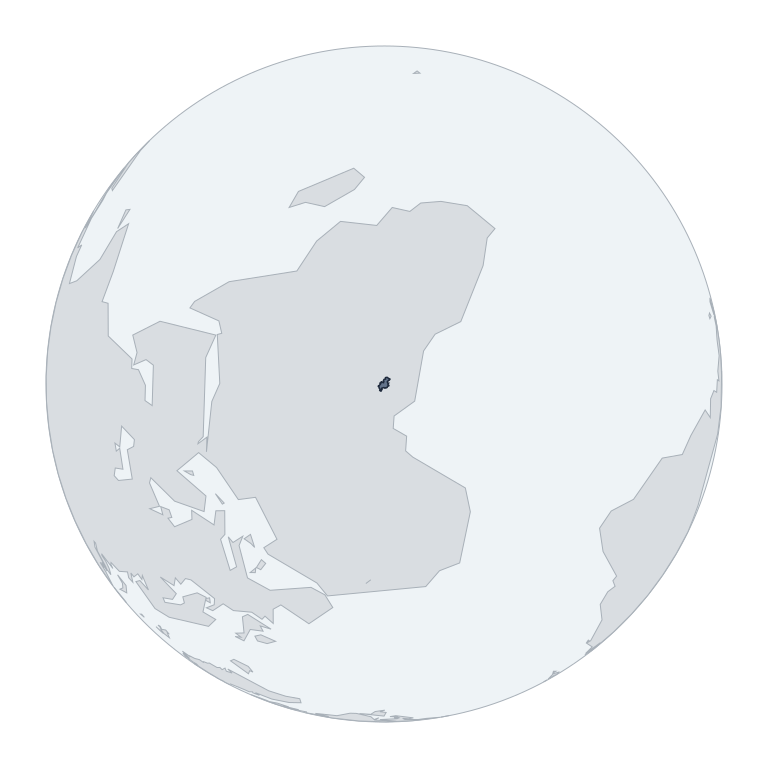 globe centered on Cuvette-Ouest, rotated 221°
{"feature_id": "COG-2185", "entity_name": "Cuvette-Ouest", "entity_type": "Region", "adm_level": 1, "iso_a3": "COG", "parent_name": "Republic of the Congo", "parent_adm1": "", "projection": "orthographic", "projection_center": [14.65, 0.103], "detail": "fine", "context": "on_globe", "style": "filled", "palette": "slate", "viewbox_px": 768, "rotation_deg": 221, "n_neighbors": 0, "source": "natural_earth", "source_scale": "10m", "svg_char_len": 8502}
<svg xmlns="http://www.w3.org/2000/svg" viewBox="0 0 768 768"><g transform="rotate(221 384 384)"><circle cx="384" cy="384" r="338" fill="#eef3f6" stroke="#a8b0b8"/><path d="M227.5,84.5L227.7,84.4L221.3,88.3L210.7,94.5L207.6,96.8L219.7,90.4L201.9,102.8L193.6,113.3L188.7,117.3L175.6,124.3L170.5,124.3L153.4,137.6L166.9,128.1L154.5,140.0L153.5,142.1L155.6,141.5L161.3,136.9L157.5,141.4L142.8,151.3L145.9,147.4L150.6,143.9L148.1,144.5L138.1,153.2L132.6,159.5L123.4,168.9L141.4,148.8L160.9,130.2L181.9,113.2L204.1,97.9L227.5,84.5ZM122.4,170.0L119.2,174.1L117.4,176.4L122.4,170.0ZM51.7,322.4L52.4,319.0L54.7,311.3L51.0,330.8L55.1,312.9L54.4,322.2L61.1,321.3L59.6,325.8L64.7,349.0L76.2,359.5L78.8,374.0L76.9,382.9L82.2,385.7L82.4,391.6L108.8,401.3L126.7,416.6L129.2,437.2L120.0,460.7L125.4,510.6L112.6,526.5L118.6,546.4L124.6,575.1L115.7,572.7L127.8,587.1L130.7,595.5L127.5,596.0L135.2,605.9L133.3,606.1L140.5,612.7L149.7,625.3L161.5,635.7L171.4,645.7L179.2,651.6L178.4,651.4L180.8,653.5L185.2,656.8L177.2,651.2L170.5,646.0L159.0,636.1L153.3,630.9L152.4,630.0L149.7,627.5L134.7,611.8L137.8,615.4L114.8,588.1L99.4,565.2L67.3,498.3L62.2,484.9L57.7,471.9L52.1,447.4L48.3,422.5L46.3,397.5L46.3,372.3L48.1,347.3L51.7,322.4ZM68.2,263.8L67.1,266.9L66.8,267.6L68.2,263.8ZM194.6,662.9L179.9,653.3L186.3,657.7L180.3,652.6L191.9,659.9L194.6,662.9ZM181.6,649.8L180.9,647.1L183.7,648.8L184.9,651.1L181.6,649.8ZM716.6,324.1L711.7,305.7L716.0,329.8L720.2,351.5L721.8,376.4L721.0,367.8L718.7,346.0L716.8,338.2L713.5,317.0L704.5,285.7L703.4,290.7L699.8,278.5L687.3,253.4L683.6,260.3L680.1,291.7L685.8,323.5L681.9,337.4L662.1,291.2L650.8,261.2L645.2,263.9L623.6,239.3L590.6,237.6L584.6,230.2L578.7,233.7L563.2,226.5L553.5,214.7L544.8,215.6L570.4,246.9L579.6,246.3L585.4,234.2L591.0,245.7L605.7,256.1L594.2,284.4L543.0,310.6L535.9,287.0L485.9,225.6L486.2,218.8L485.9,218.1L485.2,216.8L482.8,227.7L473.5,216.3L502.5,257.9L508.3,276.7L542.3,312.0L539.7,315.8L550.0,323.3L580.4,314.1L581.1,322.1L568.0,359.6L523.9,412.1L528.6,447.7L523.5,478.2L493.5,498.9L493.6,522.6L477.7,531.2L475.0,544.7L460.8,559.2L438.1,573.2L402.2,574.1L401.9,561.9L386.9,538.4L367.0,481.5L378.1,455.1L375.8,434.9L349.6,391.2L355.4,366.5L347.9,356.5L332.7,359.5L323.8,347.7L314.4,347.7L254.4,358.9L235.0,344.2L209.5,298.6L219.6,279.5L219.6,258.5L287.6,187.0L304.1,189.8L359.9,179.5L367.3,181.6L362.9,196.6L406.6,214.2L418.1,201.2L455.5,211.1L478.9,210.6L483.4,182.7L444.9,182.7L436.1,169.7L465.2,158.2L498.5,160.3L496.1,155.5L473.2,144.4L479.0,136.2L465.1,140.2L472.1,145.0L463.6,148.1L456.6,144.1L459.0,141.0L448.4,138.9L440.1,155.8L446.3,162.5L419.8,166.1L427.7,178.0L421.1,183.9L405.4,166.1L405.5,159.6L377.8,142.4L375.3,149.3L401.3,166.5L394.0,165.3L390.7,176.5L387.4,167.0L359.8,148.1L334.6,153.6L305.7,182.6L290.3,186.1L276.0,181.7L283.4,153.8L316.9,149.6L319.9,141.3L310.5,130.6L321.5,130.7L321.7,126.4L334.1,125.0L349.0,114.2L361.2,112.6L364.5,100.6L371.2,98.6L367.3,106.0L371.1,110.9L401.2,109.5L406.2,106.9L406.0,99.6L414.3,100.8L410.2,94.1L426.2,91.6L403.2,89.5L402.3,82.7L410.5,77.7L406.1,75.5L392.6,83.9L391.0,87.8L396.2,91.4L388.0,103.8L378.3,106.3L371.1,93.2L356.5,95.9L357.4,86.0L393.2,67.0L409.5,64.3L441.6,72.1L439.3,75.5L426.6,74.0L440.7,80.9L438.4,77.6L445.3,79.2L446.2,74.4L451.1,75.3L443.5,69.6L449.6,70.3L454.3,73.9L460.8,69.0L472.9,70.2L472.0,68.8L467.6,66.9L485.8,70.6L484.3,69.5L477.8,67.7L470.6,64.6L465.0,60.9L471.6,62.3L474.6,63.8L490.6,69.9L497.3,74.7L499.5,75.0L495.2,71.3L475.6,63.7L470.4,61.2L480.1,64.3L476.2,62.9L475.6,62.2L481.3,63.2L470.8,59.8L456.0,53.8L456.7,54.0L480.7,60.2L504.2,68.2L527.1,77.9L549.2,89.2L570.4,102.1L590.6,116.6L609.6,132.5L627.5,149.7L644.0,168.2L659.2,187.9L672.8,208.6L684.9,230.3L695.4,252.8L704.2,276.0L711.3,299.8L716.6,324.1ZM266.8,221.5L265.5,227.6L266.8,221.5ZM535.9,178.3L554.4,180.1L542.2,163.2L548.3,162.9L542.0,157.7L541.3,162.1L525.1,148.4L531.7,144.3L527.5,137.8L521.1,137.0L511.6,147.1L534.6,166.0L532.0,172.6L535.9,178.3ZM61.4,321.1L61.8,324.8L60.4,324.9L61.4,321.1ZM66.9,276.7L67.7,278.4L65.8,280.0L66.9,276.7ZM66.5,268.9L66.2,276.2L62.7,281.9L63.3,277.7L64.3,275.9L66.5,268.9ZM155.4,139.4L156.4,138.8L157.4,139.2L154.7,141.1L155.4,139.4ZM175.8,131.0L169.4,138.4L172.1,134.0L166.9,137.5L166.1,133.4L186.3,119.2L177.3,126.0L175.8,131.0ZM170.7,125.4L168.9,128.7L170.1,125.7L170.7,125.4ZM310.9,107.1L316.0,109.0L312.4,113.9L297.0,118.7L301.9,111.4L310.9,107.1ZM323.9,111.0L321.2,98.3L330.7,95.8L325.8,99.1L332.4,98.7L326.3,104.3L338.1,115.4L335.7,120.7L308.4,124.9L318.7,120.2L313.1,118.1L323.9,111.0ZM297.3,79.5L296.2,76.4L318.2,74.4L316.7,77.7L301.2,81.8L293.9,80.6L297.3,79.5ZM257.0,70.8L254.4,71.9L254.0,72.1L257.0,70.8ZM280.6,62.3L265.2,68.2L262.2,69.1L254.9,73.3L244.0,77.8L249.1,74.7L235.3,81.9L235.5,81.0L227.0,85.9L239.5,78.5L239.4,78.6L242.1,77.3L243.7,76.6L253.7,72.3L257.9,70.5L262.9,68.5L280.6,62.3ZM359.2,48.9L350.7,49.3L360.9,50.1L351.2,51.1L353.0,51.2L346.8,52.7L342.4,54.9L337.7,55.4L338.0,56.1L334.0,57.5L332.8,58.8L324.0,60.5L321.9,62.4L318.8,62.2L317.6,65.3L314.6,63.8L309.0,66.2L314.9,66.4L269.8,76.8L253.3,83.9L241.1,91.2L237.5,89.0L246.6,81.4L262.0,72.6L278.5,66.7L273.8,67.3L280.4,64.9L281.3,65.4L283.8,63.3L289.4,61.6L303.1,56.9L303.2,56.0L308.2,54.7L311.0,54.3L314.0,53.4L322.7,51.9L326.5,51.1L338.8,49.4L341.9,49.7L345.9,48.9L355.5,48.2L359.2,48.9ZM343.3,48.5L344.2,48.4L341.8,48.9L323.3,51.6L343.3,48.5ZM318.3,52.5L316.8,52.8L315.8,53.0L318.3,52.5ZM374.4,175.8L379.8,176.3L388.0,175.4L386.1,182.9L374.4,175.8ZM355.2,163.0L359.9,161.8L361.3,171.0L355.6,171.0L355.2,163.0ZM361.3,153.9L360.1,161.1L357.4,157.2L361.3,153.9ZM371.6,104.9L376.5,103.8L377.5,105.5L375.3,108.2L371.6,104.9ZM387.3,55.1L382.9,54.4L384.0,53.9L379.5,51.7L386.4,51.3L391.8,52.5L387.3,55.1ZM477.6,187.4L471.5,192.7L467.6,190.2L470.5,188.8L477.6,187.4ZM427.2,187.3L439.3,190.6L426.5,189.3L427.2,187.3ZM394.0,54.3L391.4,53.3L396.4,53.8L394.0,54.3ZM391.2,51.0L396.9,51.3L386.7,51.0L391.2,51.0ZM565.4,637.8L564.4,642.0L560.8,642.2L565.4,637.8ZM574.9,473.2L548.4,527.0L534.3,527.2L533.9,511.4L545.2,478.9L562.4,469.6L571.4,455.0L574.9,473.2ZM720.6,413.7L721.0,400.5L715.9,351.8L717.9,353.2L721.9,383.4L721.8,388.2L721.8,394.5L720.6,413.7ZM687.0,326.6L693.0,346.1L690.3,349.1L687.0,326.6ZM448.7,55.9L447.3,58.8L450.8,62.1L459.9,65.2L446.5,62.7L441.1,57.6L448.7,55.9ZM451.9,53.0L452.5,53.1L454.4,53.6L446.4,51.9L449.9,52.6L451.9,53.0ZM449.4,52.6L439.1,50.9L434.8,50.0L443.8,51.5L449.4,52.6ZM416.8,50.6L415.9,51.3L411.8,50.7L416.8,50.6Z" fill="#d9dde1" stroke="#a8b0b8" stroke-width="1"/><path d="M381.2,381.4L381.5,381.4L382.1,380.9L382.2,380.5L382.3,380.3L382.6,380.0L382.8,379.8L382.8,379.5L382.7,379.4L382.8,379.4L382.9,379.2L382.7,379.1L382.5,378.9L382.4,378.8L382.4,378.6L382.3,378.3L382.2,378.2L381.9,378.1L381.8,377.9L381.8,377.3L381.8,377.2L381.7,376.8L381.6,376.7L381.8,376.5L382.0,376.5L382.3,376.5L382.5,376.5L382.6,376.4L382.8,376.5L383.1,376.4L383.2,376.5L383.2,376.8L383.3,377.1L383.5,377.4L384.3,377.6L384.6,377.6L384.8,377.7L385.0,377.8L385.2,378.0L385.5,378.2L385.8,378.4L386.1,378.4L386.4,378.4L386.5,378.4L386.5,378.5L386.8,378.7L387.0,378.9L387.0,379.0L386.9,379.0L386.7,379.1L386.6,379.3L386.5,379.5L386.6,379.8L386.6,380.1L386.6,380.6L386.7,380.9L386.7,381.0L386.6,381.3L386.6,381.5L387.0,381.7L387.1,381.8L387.3,381.9L387.3,382.0L387.6,382.0L387.6,382.4L387.5,382.5L387.3,382.6L387.1,382.7L386.9,382.8L387.0,383.2L387.4,383.4L387.5,383.8L387.2,384.2L386.8,384.3L386.3,384.4L386.2,384.4L385.9,384.4L385.7,384.4L385.4,384.6L385.5,384.9L385.5,385.0L385.4,385.0L385.5,385.2L385.6,385.5L385.8,385.9L386.0,386.0L386.4,386.1L386.6,386.1L386.7,386.3L387.0,387.4L386.9,387.6L386.8,387.8L386.7,388.0L386.4,388.3L386.1,388.7L387.0,389.5L387.0,389.9L386.9,390.1L386.3,390.8L386.0,391.1L385.6,391.2L384.5,391.2L384.2,391.1L383.9,391.3L383.5,391.5L382.8,391.6L382.7,391.6L382.7,391.3L382.7,391.2L382.5,390.6L382.5,390.4L382.6,390.2L382.7,389.9L382.8,389.8L382.9,389.7L382.8,389.3L382.8,389.2L383.1,388.5L383.1,388.3L383.1,388.1L382.9,387.9L382.6,387.6L382.3,387.3L382.1,387.2L381.9,387.2L381.7,387.2L381.6,387.3L381.5,387.2L381.4,387.2L381.2,387.2L381.1,387.3L381.1,387.1L381.1,386.8L381.0,386.6L380.9,386.4L380.7,386.2L380.3,386.1L380.1,386.2L379.9,386.0L379.7,386.0L379.4,386.1L379.2,385.8L379.2,385.6L379.5,385.1L379.7,384.9L379.7,384.7L379.8,384.5L379.7,384.4L379.5,383.9L379.4,383.6L379.4,383.4L379.6,383.0L379.8,382.5L380.0,382.4L380.4,382.2L380.5,382.0L380.5,381.9L380.4,381.7L380.6,381.4L380.9,381.4L381.2,381.4Z" fill="#64748b" stroke="#1e293b" stroke-width="1.5"/></g></svg>